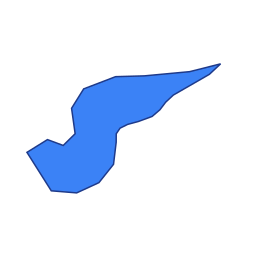 the border of Tarrafal de São Nicolau, rotated 258°
{"feature_id": "CPV-5058", "entity_name": "Tarrafal de São Nicolau", "entity_type": "state/province", "adm_level": 1, "iso_a3": "CPV", "parent_name": "Cabo Verde", "parent_adm1": "", "projection": "natural_earth1", "projection_center": [-24.363, 16.58], "detail": "fine", "context": "isolated", "style": "filled", "palette": "blue", "viewbox_px": 256, "rotation_deg": 258, "n_neighbors": 0, "source": "natural_earth", "source_scale": "10m", "svg_char_len": 458}
<svg xmlns="http://www.w3.org/2000/svg" viewBox="0 0 256 256"><g transform="rotate(258 128 128)"><path d="M171.5,231.9L163.6,218.8L150.8,179.2L145.4,170.2L139.2,163.0L134.3,154.0L132.2,139.5L131.6,128.4L129.5,120.2L124.8,115.3L116.6,113.5L95.5,106.3L80.6,88.2L75.2,64.3L82.5,39.9L125.2,24.1L133.4,46.8L124.4,61.0L133.4,75.1L159.0,76.9L175.5,92.8L180.8,126.5L175.6,154.8L170.3,200.0L171.5,231.9Z" fill="#3b82f6" stroke="#1e3a8a" stroke-width="1.5"/></g></svg>